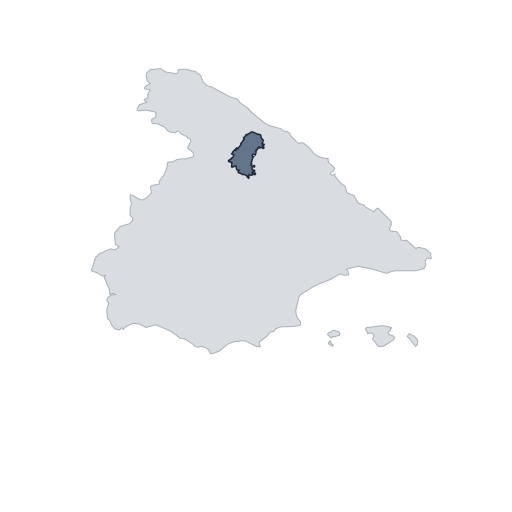 Spain, with Palencia highlighted, rotated 29°
{"feature_id": "ESP-5839", "entity_name": "Palencia", "entity_type": "Autonomous Community", "adm_level": 1, "iso_a3": "ESP", "parent_name": "Spain", "parent_adm1": "", "projection": "natural_earth1", "projection_center": [-4.405, 42.407], "detail": "fine", "context": "in_parent", "style": "filled", "palette": "slate", "viewbox_px": 512, "rotation_deg": 29, "n_neighbors": 0, "source": "natural_earth", "source_scale": "10m", "svg_char_len": 6458}
<svg xmlns="http://www.w3.org/2000/svg" viewBox="0 0 512 512"><g transform="rotate(29 256 256)"><path d="M272.1,135.8L272.2,137.0L274.4,139.2L280.9,140.5L282.5,141.5L282.2,144.6L280.7,147.2L282.1,148.4L283.7,148.3L285.5,146.2L285.9,147.6L288.9,148.9L295.5,151.3L300.1,151.7L304.9,156.5L312.6,155.6L319.7,160.2L326.2,159.2L327.7,160.1L337.8,160.2L338.3,156.4L339.5,154.9L357.2,160.1L359.4,163.4L359.1,165.0L360.1,168.8L362.4,168.6L367.0,166.5L373.0,169.1L374.7,171.4L375.9,171.6L380.4,169.3L392.6,172.1L393.1,170.3L393.9,169.7L399.0,168.1L401.1,167.7L407.7,169.0L408.5,171.1L409.8,171.9L410.4,173.8L406.6,174.9L406.3,178.1L408.7,180.9L409.1,185.6L402.7,191.6L384.2,201.8L378.1,208.0L364.2,211.1L349.8,215.7L341.3,223.8L343.5,224.5L346.1,227.3L345.3,228.5L341.6,230.4L338.2,230.9L332.0,241.0L323.4,251.5L320.3,256.2L313.6,268.4L313.6,271.9L317.1,284.1L319.1,287.2L321.9,289.9L327.1,292.2L328.4,294.5L326.7,296.6L321.5,300.4L312.6,305.6L308.8,309.6L308.0,313.5L305.4,315.3L304.5,320.8L300.9,328.4L300.7,330.4L303.6,333.2L300.8,334.9L286.9,335.6L278.3,341.6L274.0,346.8L270.1,356.7L265.4,362.5L263.3,363.6L260.0,361.0L256.0,360.7L252.0,361.5L250.0,363.5L246.7,364.7L243.5,363.7L236.7,363.2L233.7,363.2L228.9,364.9L224.8,363.8L217.9,363.2L203.0,364.5L201.1,365.2L194.5,371.8L187.2,372.0L180.7,374.7L176.3,381.1L175.4,384.6L174.1,383.8L173.1,384.1L172.6,386.7L168.0,388.3L163.0,386.2L158.8,383.0L156.5,382.8L153.0,377.8L151.4,374.6L150.4,371.1L150.3,368.7L147.1,367.3L146.4,364.2L148.7,360.1L151.8,357.8L148.9,358.0L146.8,360.6L144.2,356.4L133.4,348.2L134.0,345.3L132.2,347.5L130.9,348.0L125.4,347.7L119.0,348.7L116.4,334.7L118.1,329.8L125.3,320.3L129.8,319.0L131.7,314.1L127.6,314.3L121.1,304.8L122.9,296.0L129.4,289.4L130.6,286.7L130.8,284.3L129.6,282.5L126.1,281.6L122.5,274.6L121.7,270.3L118.7,267.8L116.3,263.5L118.5,262.9L127.7,262.8L130.0,261.7L131.7,258.9L133.5,254.1L133.9,251.2L130.3,247.1L130.2,246.2L130.7,244.8L136.3,240.2L135.2,236.8L136.2,229.6L135.8,225.4L135.2,221.9L133.3,217.5L134.6,215.6L137.5,214.1L139.8,210.4L143.2,207.4L147.7,205.0L152.9,199.6L152.1,197.2L150.3,195.9L144.0,194.8L143.5,193.7L143.6,187.9L142.0,185.6L139.7,185.9L136.2,184.9L135.3,185.5L130.8,185.3L127.7,184.3L126.4,185.2L126.0,187.2L120.7,189.3L117.7,189.2L112.9,187.5L107.4,188.1L106.7,187.6L102.0,190.0L100.4,190.1L98.5,187.2L101.1,183.0L98.9,179.1L97.5,179.0L88.7,181.9L83.5,185.7L81.5,186.1L80.8,185.5L80.7,180.1L86.1,174.3L82.7,173.9L82.9,172.3L85.1,169.6L82.9,167.6L83.0,161.9L78.2,163.7L77.0,163.4L77.0,161.1L80.0,156.5L76.9,155.9L74.6,154.2L71.8,150.4L71.8,148.4L73.4,143.7L77.6,141.5L81.7,138.3L87.3,138.9L95.7,136.1L98.6,134.7L98.5,132.7L97.6,131.3L98.5,129.9L105.3,126.0L109.4,125.6L113.5,123.7L116.3,124.9L118.8,124.5L121.5,126.0L125.2,129.4L130.6,130.8L134.9,129.7L156.9,129.4L163.2,127.7L168.1,129.8L177.5,130.8L183.1,132.6L198.8,135.5L204.4,135.5L215.8,132.7L218.9,133.4L223.4,132.0L225.6,132.3L228.5,134.3L238.5,137.0L241.1,134.7L243.1,134.2L250.3,135.6L257.6,138.5L261.3,138.7L266.8,137.9L272.1,135.8ZM408.4,259.1L411.0,260.3L413.7,259.3L415.2,259.6L416.7,260.1L417.1,262.3L411.4,273.0L406.8,275.9L402.0,273.6L399.3,273.0L398.4,272.1L397.7,268.7L396.4,267.6L394.6,267.1L391.0,269.8L389.8,268.0L388.0,267.7L387.3,266.6L387.3,265.2L398.5,256.9L401.7,255.1L408.6,253.0L409.6,253.3L408.8,254.5L409.7,255.7L408.4,259.1ZM440.2,254.8L439.2,257.8L430.7,253.8L427.9,253.4L427.2,252.8L427.5,249.8L433.1,249.4L437.7,250.8L440.2,254.8ZM362.5,289.0L361.5,291.1L357.3,290.3L356.4,289.5L357.3,287.1L358.4,286.8L358.5,285.1L359.7,283.4L365.6,282.1L367.0,283.2L367.3,284.9L363.8,288.5L362.5,289.0ZM366.7,297.4L366.1,297.9L361.6,297.5L361.4,296.1L362.3,294.1L364.0,296.1L366.7,296.4L366.7,297.4Z" fill="#d9dde1" stroke="#a8b0b8" stroke-width="1"/><path d="M210.5,157.7L210.3,158.3L210.1,158.5L209.8,158.6L209.7,158.5L209.3,158.2L208.9,158.1L208.6,158.2L207.9,158.6L207.0,159.7L206.2,160.1L205.9,159.9L205.7,159.8L205.7,159.6L205.2,160.3L205.2,160.6L205.4,161.4L205.5,162.6L204.9,163.0L205.2,164.0L204.7,164.3L204.8,164.4L205.4,164.9L205.8,165.4L206.2,166.9L206.3,168.1L204.7,168.0L204.3,168.1L204.1,168.4L203.9,168.7L203.9,169.8L204.0,170.3L204.3,170.6L205.5,170.5L205.4,170.6L206.5,175.9L206.4,176.4L207.7,177.5L207.3,179.1L209.6,179.3L210.1,181.6L210.6,182.2L210.7,182.3L213.2,181.9L213.5,182.0L213.7,182.3L213.6,182.6L212.1,184.5L212.2,185.1L212.7,185.1L215.2,183.9L215.5,184.0L215.8,184.5L215.8,184.9L215.6,185.3L215.2,185.6L213.5,186.0L213.4,186.2L213.4,186.9L213.3,187.2L213.1,187.4L213.0,187.6L211.5,188.1L210.5,188.1L210.5,189.4L211.9,190.8L211.8,191.6L210.2,191.3L209.6,190.2L208.8,190.5L206.4,190.3L205.9,190.4L205.0,191.2L204.4,191.4L202.1,191.1L201.7,191.2L201.1,191.7L200.9,191.7L200.4,191.6L199.5,191.1L199.6,189.2L198.8,189.7L197.4,189.9L195.8,188.3L195.5,187.5L195.4,187.4L195.0,187.2L194.8,187.1L194.6,187.2L194.1,187.4L193.7,187.8L193.2,188.7L192.4,189.6L191.5,189.9L190.2,187.1L189.4,186.0L187.8,186.5L187.2,185.9L186.2,186.6L185.7,185.8L186.6,184.1L186.7,183.6L186.8,183.4L187.0,183.3L187.2,183.2L187.3,183.0L187.4,182.8L187.2,182.1L187.3,181.8L187.8,181.2L187.9,180.9L187.9,180.5L187.8,178.5L185.1,178.4L185.4,177.4L185.3,175.8L185.8,173.8L187.1,173.6L187.4,171.9L186.4,172.1L186.6,170.9L188.2,170.7L188.2,170.0L188.9,166.0L188.9,165.4L188.2,165.1L188.7,162.5L188.6,160.9L188.8,160.4L189.1,159.9L189.1,159.7L188.9,159.4L188.0,158.9L187.8,158.7L187.7,158.5L187.8,158.2L188.3,157.5L188.5,157.1L188.5,154.8L188.6,154.6L188.7,154.4L188.9,154.3L189.5,154.4L189.8,153.3L190.0,152.9L190.7,152.4L190.9,152.1L191.3,150.5L191.6,150.0L192.4,149.4L193.3,149.1L193.8,149.1L194.3,149.0L195.6,148.9L196.6,148.8L197.6,148.8L198.0,148.8L198.9,148.3L199.2,148.3L199.6,148.3L199.9,148.2L200.4,147.9L200.8,147.9L201.2,148.0L201.8,148.3L202.0,148.5L202.6,149.3L202.7,149.6L202.9,149.9L203.2,150.1L206.0,151.1L206.4,151.3L206.4,151.5L206.4,151.8L206.4,152.0L206.5,152.5L206.6,153.0L206.7,153.5L206.7,154.0L206.8,154.2L206.8,154.4L206.8,154.5L207.0,154.9L207.2,155.0L207.4,155.0L207.5,154.9L207.9,154.6L208.1,154.5L208.8,154.3L209.0,154.4L209.2,154.6L209.3,154.9L209.2,155.1L208.8,155.3L208.6,155.4L208.1,155.5L207.9,155.6L207.8,155.8L207.9,156.0L208.0,156.2L208.6,156.6L208.9,156.7L209.6,156.8L209.9,156.9L210.1,157.1L210.3,157.2L210.5,157.7ZM210.6,177.7L211.0,177.8L211.3,178.0L211.4,178.3L211.5,178.8L211.4,178.9L211.3,179.0L210.9,179.1L210.4,178.9L210.2,178.7L210.1,178.4L210.1,178.2L210.3,177.9L210.6,177.7Z" fill="#64748b" stroke="#1e293b" stroke-width="1.5"/></g></svg>